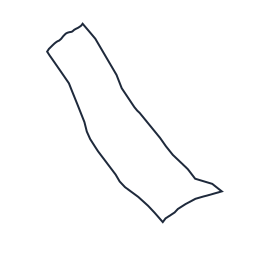 outline of Kernoi, Western Darfur, Sudan, rotated 313°
{"feature_id": "16777658B31925406348154", "entity_name": "Kernoi", "entity_type": "district", "adm_level": 2, "iso_a3": "SDN", "parent_name": "Sudan", "parent_adm1": "Western Darfur", "projection": "equal_earth", "projection_center": [23.614, 14.984], "detail": "fine", "context": "isolated", "style": "outline", "palette": "slate", "viewbox_px": 256, "rotation_deg": 313, "n_neighbors": 0, "source": "geoboundaries", "source_scale": "gbopen_adm2", "svg_char_len": 963}
<svg xmlns="http://www.w3.org/2000/svg" viewBox="0 0 256 256"><g transform="rotate(313 128 128)"><path d="M145.6,239.8L144.6,227.7L136.7,211.7L138.7,199.7L138.9,179.1L140.5,168.2L142.6,158.3L147.0,126.1L147.0,122.9L147.6,118.4L152.8,96.3L159.0,83.4L171.0,43.2L172.2,33.3L173.3,23.7L171.9,23.9L170.5,23.9L168.7,23.5L167.1,23.1L165.1,22.3L163.2,21.7L161.2,21.5L160.2,21.3L159.4,20.8L158.0,19.7L156.3,18.7L154.5,18.1L151.1,18.0L149.8,18.1L147.7,18.3L145.8,18.1L144.9,18.0L144.5,17.8L144.3,17.7L143.6,17.4L142.3,17.0L139.8,16.6L136.7,16.4L136.2,16.4L134.1,16.3L133.5,16.3L132.0,16.2L130.9,16.4L129.7,16.6L128.7,16.8L127.5,21.6L127.2,23.2L123.5,40.3L120.4,54.3L116.9,61.7L110.8,74.8L102.6,92.1L97.3,100.3L94.1,107.9L91.8,116.8L90.5,122.1L85.5,150.7L83.2,158.4L82.7,166.2L84.6,182.5L84.8,195.7L84.2,205.0L82.9,217.6L87.5,217.1L98.0,219.7L102.8,219.7L111.7,222.0L122.2,225.6L129.4,229.9L132.5,231.9L145.6,239.8Z" fill="none" stroke="#1e293b" stroke-width="2"/></g></svg>